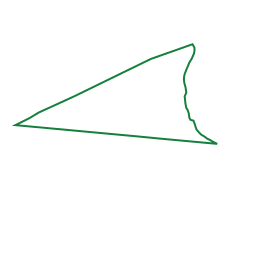 outline of Sossêgo, Paraíba, Brazil, rotated 61°
{"feature_id": "56859067B23055317122585", "entity_name": "Sossêgo", "entity_type": "district", "adm_level": 2, "iso_a3": "BRA", "parent_name": "Brazil", "parent_adm1": "Paraíba", "projection": "equal_earth", "projection_center": [-36.188, -6.739], "detail": "fine", "context": "isolated", "style": "outline", "palette": "green", "viewbox_px": 256, "rotation_deg": 61, "n_neighbors": 0, "source": "geoboundaries", "source_scale": "gbopen_adm2", "svg_char_len": 643}
<svg xmlns="http://www.w3.org/2000/svg" viewBox="0 0 256 256"><g transform="rotate(61 128 128)"><path d="M78.7,74.4L77.1,104.4L74.2,159.8L71.2,198.5L71.6,209.7L70.9,225.1L141.1,122.1L151.8,106.6L185.1,57.7L181.5,60.2L177.9,62.3L175.9,63.8L172.7,65.2L169.5,67.1L166.5,68.0L162.8,68.8L160.1,68.4L156.9,67.7L153.3,67.2L151.1,69.4L148.9,69.4L144.8,67.8L141.2,67.1L138.6,67.3L134.2,65.8L130.5,64.2L127.8,63.1L125.4,59.9L122.9,58.9L119.7,57.8L115.9,56.9L112.5,55.5L110.4,54.1L108.4,52.4L104.8,48.1L102.6,45.2L100.6,42.8L98.3,38.7L96.4,36.2L94.7,34.0L92.2,32.1L89.8,30.9L86.0,31.0L78.7,74.4Z" fill="none" stroke="#15803d" stroke-width="2"/></g></svg>